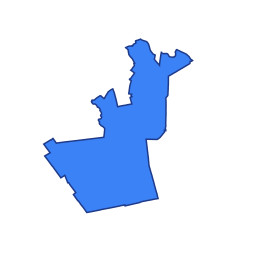 the district of Chau Thanh A, Hau Giang, Vietnam, rotated 302°
{"feature_id": "81297802B94036559538482", "entity_name": "Chau Thanh A", "entity_type": "district", "adm_level": 2, "iso_a3": "VNM", "parent_name": "Vietnam", "parent_adm1": "Hau Giang", "projection": "natural_earth1", "projection_center": [105.675, 9.93], "detail": "fine", "context": "isolated", "style": "filled", "palette": "blue", "viewbox_px": 256, "rotation_deg": 302, "n_neighbors": 0, "source": "geoboundaries", "source_scale": "gbopen_adm2", "svg_char_len": 5747}
<svg xmlns="http://www.w3.org/2000/svg" viewBox="0 0 256 256"><g transform="rotate(302 128 128)"><path d="M194.9,83.4L194.8,83.6L194.9,84.2L194.8,84.7L194.7,85.2L194.6,85.8L194.5,86.2L194.3,86.9L194.2,86.9L193.9,87.0L193.5,87.3L192.8,88.0L191.4,89.2L190.8,89.8L190.4,90.5L189.8,92.0L189.6,92.6L189.1,94.7L188.7,95.5L188.6,95.8L188.4,96.0L188.1,96.5L186.9,98.6L186.5,99.3L186.1,98.8L185.9,98.7L185.5,99.2L184.4,100.2L184.3,100.3L183.2,100.3L182.6,100.2L182.1,100.1L181.4,100.0L180.7,100.1L180.1,100.1L179.3,100.0L178.5,99.7L178.4,101.1L178.2,103.5L178.1,104.4L175.8,104.3L173.4,104.1L172.5,104.2L170.9,103.7L170.2,103.4L169.8,103.8L170.1,105.6L164.5,107.3L163.4,107.8L163.2,107.9L161.2,108.8L157.4,110.5L158.5,113.3L156.9,113.5L156.6,114.7L155.0,113.6L154.5,114.1L150.4,118.5L149.3,117.3L148.6,116.5L148.0,115.9L147.8,115.6L146.1,113.9L143.6,111.0L142.5,109.9L141.8,109.1L141.3,108.7L140.7,108.3L140.5,108.0L143.5,105.1L145.8,102.8L150.6,97.7L153.1,94.4L152.8,94.2L152.1,93.7L151.1,93.2L149.9,92.7L148.7,92.3L148.4,92.2L148.0,92.0L147.5,92.1L147.2,92.1L146.5,92.1L143.5,92.1L141.4,92.2L141.1,92.3L140.9,92.4L140.2,92.1L140.8,88.3L140.9,88.1L140.7,87.6L140.6,87.2L139.4,86.7L137.4,85.7L135.6,85.1L134.1,84.7L133.7,84.4L133.2,83.8L132.9,83.1L132.7,82.8L132.4,82.7L132.2,82.7L131.9,83.2L131.7,83.3L131.3,83.3L131.0,83.1L130.4,83.8L130.3,84.2L130.1,84.8L130.0,85.1L129.9,85.4L130.0,85.9L130.1,86.3L130.4,86.6L130.8,87.1L130.8,87.4L130.8,88.3L130.7,88.8L130.5,89.5L130.2,90.0L130.0,90.4L129.6,90.8L129.5,91.1L129.6,91.3L129.8,91.6L129.8,91.9L129.5,93.8L129.3,94.1L129.0,94.4L128.5,94.7L128.3,94.8L127.9,94.9L127.8,95.0L127.9,95.5L127.9,95.8L127.8,96.0L127.4,96.4L127.0,97.0L126.5,97.7L126.2,97.9L125.8,98.2L125.4,98.2L124.8,98.0L124.6,98.0L124.3,98.1L124.0,98.2L123.7,98.6L123.7,99.1L123.6,99.7L123.3,99.9L122.9,100.0L121.7,100.1L121.3,100.0L121.0,99.8L120.7,99.5L120.3,98.8L120.0,98.6L119.5,98.5L119.2,98.6L118.8,98.9L118.5,99.5L118.4,100.1L118.2,100.5L117.8,100.7L117.5,100.8L117.2,100.9L116.3,101.8L116.2,102.1L116.1,102.9L115.8,103.8L115.7,104.3L115.8,105.0L115.9,106.0L115.9,106.3L115.6,106.9L115.5,107.3L115.5,108.1L115.3,108.4L115.1,108.6L113.8,109.3L110.2,111.1L107.3,112.4L90.3,91.4L82.4,81.5L77.7,75.8L77.1,75.3L77.3,75.0L79.4,69.9L77.2,69.2L77.3,68.9L76.7,68.6L70.7,65.6L69.7,65.1L67.8,69.7L66.9,72.1L65.7,75.1L60.1,72.2L58.0,77.8L57.7,78.5L55.8,83.2L55.4,84.6L54.9,85.9L54.5,86.8L53.8,88.6L52.7,91.2L51.4,94.6L50.2,97.5L54.4,99.5L49.6,106.0L50.1,106.6L49.7,107.6L48.4,110.6L45.6,117.9L42.6,117.0L39.7,124.0L39.9,124.3L39.2,126.1L38.0,128.9L36.8,132.4L34.5,137.8L37.2,140.8L40.5,144.3L43.4,147.4L44.9,148.8L50.4,154.8L55.3,160.0L56.9,161.7L57.7,162.5L58.1,162.8L59.7,164.6L61.2,166.1L60.4,166.8L62.7,169.1L68.2,174.6L68.8,175.2L70.3,176.8L71.0,177.4L71.6,177.7L72.4,178.4L73.2,179.0L73.5,179.4L76.3,182.4L77.7,183.9L78.5,184.8L79.8,186.2L81.5,187.9L81.9,188.4L84.1,190.9L85.0,189.9L88.0,186.9L88.7,186.0L92.2,182.2L93.1,181.2L95.9,178.3L98.6,175.3L100.5,173.3L101.5,172.1L103.1,170.3L105.2,168.0L107.1,165.9L109.1,164.3L109.4,164.1L114.8,160.0L115.9,159.0L117.6,157.7L118.8,156.7L120.4,155.4L121.6,154.5L123.3,153.1L128.1,149.3L132.3,156.4L133.7,158.7L134.2,159.1L135.5,159.6L136.8,160.1L137.1,160.2L143.5,161.0L144.3,161.1L144.4,160.9L144.5,160.6L144.7,160.4L145.0,160.2L145.3,160.0L145.4,160.3L145.6,160.7L145.8,161.1L145.9,161.4L146.5,161.0L146.8,160.7L147.0,160.4L147.2,160.1L147.3,159.8L148.0,159.6L149.6,159.1L150.3,158.6L152.9,156.9L153.9,156.4L156.3,154.9L157.4,154.3L159.7,153.0L164.1,150.2L164.5,150.0L167.9,147.9L171.2,145.8L173.5,144.2L173.8,144.2L174.6,144.3L176.2,144.5L176.5,144.5L176.9,144.4L177.4,144.2L178.4,143.6L180.9,142.2L182.0,141.6L184.8,139.9L185.7,139.5L189.0,137.5L192.4,135.4L193.3,134.8L197.2,136.9L199.4,138.0L199.8,138.3L200.6,138.7L203.0,139.9L206.1,141.5L207.2,142.1L211.7,144.4L215.5,146.3L217.3,145.4L217.7,145.9L218.2,146.4L219.1,146.9L219.5,147.0L219.6,144.5L219.7,144.3L220.3,143.2L220.6,142.6L220.9,141.8L221.1,140.9L221.2,139.7L221.4,139.2L221.5,138.2L221.5,137.7L220.7,131.5L220.6,130.4L220.4,129.0L220.4,128.0L220.1,127.6L219.7,127.8L219.1,127.6L218.6,127.8L218.0,127.7L217.8,127.8L217.7,127.9L217.6,128.0L217.3,127.9L216.7,128.7L215.9,129.3L215.6,129.4L215.4,129.4L215.1,129.6L214.9,129.8L214.7,129.9L214.5,130.0L214.0,129.9L213.8,129.9L213.6,129.8L213.2,129.6L213.0,129.3L212.7,129.3L212.3,129.4L211.3,127.5L211.0,127.0L210.9,126.7L210.6,126.1L210.6,125.5L210.6,124.7L211.2,123.8L211.4,123.4L211.7,122.7L211.8,122.1L211.8,121.7L211.6,121.3L211.4,120.9L211.0,120.4L210.6,119.7L210.0,118.8L209.7,118.3L209.5,117.7L209.5,117.4L209.5,117.0L209.7,116.7L209.9,116.5L210.3,116.0L210.5,115.9L209.9,116.1L209.1,116.5L206.7,117.4L205.0,118.2L204.3,118.5L202.0,119.5L199.6,120.6L198.5,121.1L198.2,121.2L197.9,121.4L198.3,120.2L198.7,118.7L199.1,117.2L199.4,116.3L200.2,114.0L204.3,112.4L204.0,110.1L205.0,107.4L205.2,106.9L205.7,105.7L205.8,105.6L208.3,102.9L209.4,101.7L209.8,101.1L210.2,100.7L210.3,100.4L210.4,100.0L210.8,99.3L210.9,98.9L211.0,98.5L211.1,98.1L211.0,97.6L211.0,97.1L210.8,96.7L210.7,96.4L210.2,94.3L210.0,93.3L209.9,92.4L210.0,92.1L210.1,91.6L209.3,91.0L207.2,89.4L207.0,89.1L206.8,88.9L206.4,88.6L206.0,88.3L205.9,88.3L205.7,88.3L205.5,88.5L205.3,88.8L205.0,88.9L204.8,89.1L204.6,89.5L204.3,89.6L204.1,89.6L203.9,89.5L203.6,89.4L203.4,89.3L203.2,89.1L203.0,88.9L202.8,88.8L202.5,88.6L202.1,88.4L201.9,88.3L201.3,88.4L201.1,88.4L200.8,88.2L200.6,88.1L200.1,88.5L199.9,88.5L199.8,88.4L199.6,88.1L199.6,87.6L199.5,87.4L199.4,87.2L199.2,87.1L198.9,86.9L198.8,86.7L198.7,86.5L198.6,86.3L198.5,86.2L198.3,86.1L198.2,86.0L198.1,85.8L198.1,85.7L197.8,85.4L197.4,85.0L197.1,84.8L196.8,84.6L196.5,84.4L196.0,84.1L195.4,83.7L194.9,83.4Z" fill="#3b82f6" stroke="#1e3a8a" stroke-width="1.5"/></g></svg>